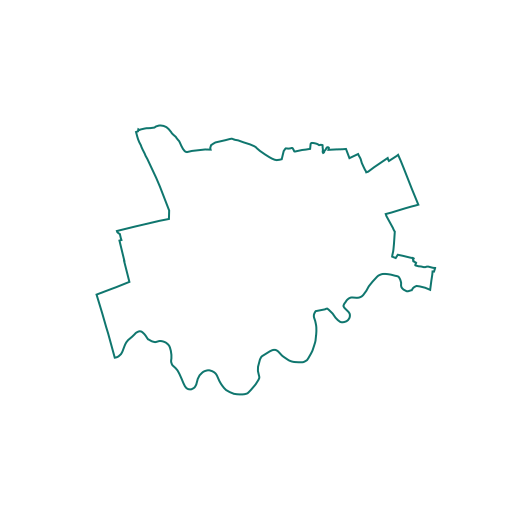 Gramesti, Botosani, Romania (Mercator projection), rotated 121°
{"feature_id": "2599482B6407705991691", "entity_name": "Gramesti", "entity_type": "district", "adm_level": 2, "iso_a3": "ROU", "parent_name": "Romania", "parent_adm1": "Botosani", "projection": "mercator", "projection_center": [26.148, 47.907], "detail": "fine", "context": "isolated", "style": "outline", "palette": "teal", "viewbox_px": 512, "rotation_deg": 121, "n_neighbors": 0, "source": "geoboundaries", "source_scale": "gbopen_adm2", "svg_char_len": 6117}
<svg xmlns="http://www.w3.org/2000/svg" viewBox="0 0 512 512"><g transform="rotate(121 256 256)"><path d="M208.0,422.1L209.9,421.4L211.5,422.7L214.8,419.3L216.6,417.3L218.5,414.8L220.4,411.7L221.5,410.4L223.1,408.1L225.6,404.1L226.9,402.4L228.8,399.1L240.5,381.7L246.0,374.1L261.7,353.9L269.1,349.7L275.6,356.9L292.3,374.1L306.2,388.1L306.9,387.3L307.3,385.6L307.3,384.0L310.2,381.2L311.6,379.6L313.1,381.0L328.0,366.3L328.2,366.5L343.4,351.2L354.9,359.9L358.0,362.4L363.7,366.9L371.2,372.8L378.7,364.5L384.5,358.1L394.1,347.8L398.6,342.8L415.9,324.7L415.5,324.2L414.9,323.6L414.1,322.9L413.3,322.4L412.4,322.0L409.7,321.2L407.9,321.2L406.6,321.3L400.5,322.4L399.0,322.6L396.9,322.7L395.3,322.5L393.9,322.3L388.9,320.6L385.5,319.7L384.3,319.5L383.5,319.2L382.4,318.6L381.4,317.9L380.9,317.5L380.4,316.9L380.1,316.2L379.9,315.7L379.8,315.0L379.9,313.9L380.4,311.6L381.1,309.7L382.6,306.6L383.0,305.7L382.9,305.5L382.8,301.7L382.6,300.7L382.0,298.6L381.7,298.0L381.3,297.5L379.0,295.4L378.5,294.8L378.2,294.3L377.7,293.3L377.2,291.9L376.9,290.6L376.7,289.1L376.7,287.9L376.9,287.1L377.1,285.7L377.4,285.0L377.8,284.0L378.3,283.3L378.9,282.5L381.2,280.1L384.3,277.6L387.3,275.8L388.7,275.2L389.7,274.7L390.6,274.1L392.0,272.5L392.7,271.3L392.8,270.8L393.5,267.3L394.4,264.6L395.1,263.3L396.6,260.8L399.6,256.5L402.4,252.7L404.2,249.9L404.8,248.4L405.0,247.8L405.1,247.0L405.1,246.3L405.0,245.5L404.6,244.4L404.1,243.5L403.6,242.8L403.2,242.5L401.9,241.7L400.9,241.2L400.3,241.0L399.3,240.9L397.0,241.0L391.4,242.6L390.2,242.7L387.3,242.9L384.0,242.1L382.8,241.7L381.7,241.1L381.0,240.6L379.8,239.5L379.1,238.8L378.6,238.1L378.2,237.5L377.9,236.8L377.6,235.5L377.3,234.3L377.2,232.2L377.3,231.5L377.5,230.3L377.8,229.5L378.1,228.8L378.8,227.6L381.9,223.2L383.0,221.3L383.7,220.0L384.6,218.0L385.6,215.4L386.3,212.6L386.2,208.8L386.1,207.8L385.6,204.6L385.6,204.2L384.3,201.1L383.3,199.2L381.6,196.3L380.7,195.1L380.3,194.6L378.8,193.1L377.9,192.5L376.1,192.0L373.5,191.4L367.5,190.4L365.9,190.2L361.0,190.1L359.9,190.2L358.8,190.4L358.1,190.8L357.5,191.3L356.2,192.6L353.6,195.1L352.6,195.7L349.9,197.2L347.5,197.9L342.7,199.3L341.6,199.4L339.9,199.5L338.7,199.2L330.7,195.1L329.0,194.0L328.2,193.4L327.2,192.3L326.6,191.2L326.4,190.6L326.3,189.7L326.3,188.8L326.4,187.9L326.8,186.4L327.9,182.7L328.1,181.6L328.3,179.2L328.3,178.9L328.5,175.3L328.5,173.6L328.3,172.5L328.0,171.0L327.4,169.2L326.7,167.7L325.0,164.5L323.1,161.4L322.7,160.9L321.7,160.1L319.9,159.1L319.1,158.7L318.6,158.6L316.5,158.5L311.6,158.6L308.6,158.8L307.4,159.0L303.4,159.9L299.7,160.8L297.9,161.4L293.4,163.5L293.1,163.7L292.9,163.7L291.1,164.6L289.2,165.6L286.3,167.4L284.8,168.5L283.0,170.1L281.2,171.8L278.9,174.5L278.0,175.3L277.3,175.7L276.5,176.1L275.7,176.3L275.1,176.4L273.2,176.5L272.5,176.4L266.2,169.4L265.0,168.6L264.4,167.8L264.6,166.0L265.2,163.5L265.8,161.0L266.0,160.4L267.9,156.2L268.1,155.5L268.8,152.9L269.0,151.1L269.1,150.1L269.0,149.4L268.7,148.5L268.4,147.9L267.3,146.5L266.4,145.7L265.4,144.9L264.3,144.4L263.4,144.1L262.1,144.0L261.0,144.0L259.8,144.3L258.4,145.0L257.5,145.7L256.9,146.6L256.3,147.9L255.0,153.2L254.7,153.9L254.4,154.5L254.0,155.1L253.6,155.4L252.1,155.7L251.1,155.7L249.3,155.5L248.2,155.5L247.2,155.4L246.3,155.2L244.9,154.7L244.1,154.3L243.1,153.6L242.6,153.1L242.0,152.2L240.0,148.2L239.4,147.3L238.7,146.4L237.9,145.7L236.9,145.0L236.0,144.5L235.0,144.2L234.3,144.0L229.0,143.5L224.0,143.7L223.1,143.6L218.0,142.9L211.7,141.6L210.6,141.3L209.6,140.9L207.7,139.6L206.9,138.9L206.3,138.3L205.6,137.3L204.7,135.8L203.6,133.5L202.5,130.8L201.2,126.3L200.9,125.6L200.7,125.0L200.4,123.8L200.5,122.8L200.7,122.3L201.5,120.9L202.3,119.8L204.0,118.0L204.9,117.4L206.4,116.6L207.0,116.1L207.7,115.4L208.0,114.9L208.3,114.3L208.7,112.8L208.8,112.2L208.7,110.2L208.6,108.7L208.4,108.3L208.2,107.9L207.7,107.3L205.2,105.1L205.1,104.9L202.8,104.9L201.0,104.3L199.0,103.0L197.7,99.9L196.1,94.7L195.3,89.3L186.8,93.0L181.2,95.3L178.3,96.7L177.7,95.4L174.2,96.2L174.0,96.3L174.8,97.8L175.2,98.9L176.4,103.0L177.0,104.0L178.4,105.2L179.2,106.6L179.9,108.9L180.5,110.2L181.1,111.4L181.9,114.3L181.9,114.6L181.8,114.8L181.1,115.0L179.4,115.2L179.3,115.7L179.5,118.4L178.6,118.8L178.5,119.1L178.5,119.4L178.3,119.6L176.9,119.6L176.9,120.7L177.2,120.9L178.0,123.1L180.2,130.2L181.9,135.1L185.8,135.2L186.4,139.0L184.7,139.7L181.4,140.8L179.3,141.7L174.5,144.0L163.6,149.6L163.3,150.3L162.4,151.8L161.5,153.0L154.6,164.8L153.2,166.4L148.9,162.2L145.2,158.9L138.1,152.5L133.5,148.2L130.7,145.4L128.4,143.3L118.5,156.6L104.9,174.3L100.0,180.8L96.1,186.3L97.5,186.8L106.1,191.0L105.5,192.1L104.2,193.6L118.9,200.4L126.0,203.3L127.5,204.6L126.6,205.7L125.9,207.1L124.0,210.0L121.8,213.2L119.1,216.1L118.2,217.4L117.1,219.4L116.0,221.0L124.0,226.3L117.9,234.0L120.0,236.9L123.5,242.4L127.7,248.6L125.8,249.2L125.6,249.9L125.8,250.4L126.1,250.9L126.8,251.2L129.0,251.1L130.4,251.4L131.1,251.4L131.9,251.1L132.8,251.3L133.1,251.5L132.9,251.9L132.4,252.5L130.4,253.4L129.5,254.1L128.5,254.9L127.0,255.8L126.7,256.1L126.8,256.5L127.0,257.0L127.5,258.0L128.1,258.5L128.5,259.1L128.4,260.5L128.5,261.5L128.8,262.7L129.4,264.5L130.1,266.0L130.6,266.7L131.4,266.9L131.8,266.9L136.3,264.8L137.4,266.1L139.2,268.2L141.4,271.1L146.4,276.4L146.6,276.9L146.6,277.1L145.7,278.4L144.8,280.0L144.8,280.6L145.1,281.1L146.0,281.9L147.2,283.4L148.4,285.9L148.9,286.1L151.8,286.3L159.8,283.8L161.3,285.3L163.2,287.7L163.9,289.7L164.3,292.5L164.4,295.5L164.3,300.5L163.9,306.7L163.2,310.9L162.8,312.2L162.8,314.1L163.4,318.6L165.0,325.3L166.1,330.9L167.3,334.0L167.3,334.5L167.5,334.8L167.7,336.4L168.0,337.3L169.4,338.9L172.4,341.8L179.6,349.3L182.0,350.6L184.2,351.6L185.6,351.2L186.6,351.0L187.4,350.5L188.2,349.7L190.9,354.5L199.0,365.1L202.5,368.7L202.9,370.1L202.8,371.2L201.8,373.8L200.0,376.8L197.9,379.8L197.1,381.1L196.6,382.8L195.8,384.9L195.2,386.1L194.8,388.4L194.5,389.9L194.1,391.4L193.4,392.8L192.2,396.2L191.7,399.1L191.8,400.1L192.1,402.2L192.5,403.2L193.3,405.1L194.1,406.3L196.4,408.4L198.2,409.2L201.0,412.7L202.8,415.6L204.1,417.1L207.1,420.2L208.0,420.7L208.0,422.1Z" fill="none" stroke="#0f766e" stroke-width="2"/></g></svg>